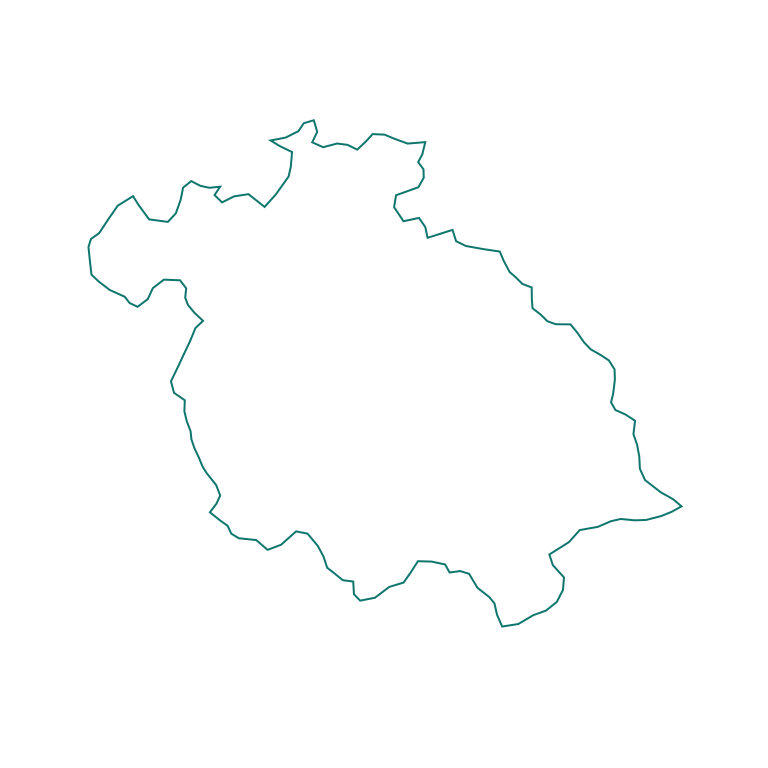 the district of Cesário Lange, São Paulo, Brazil, rotated 249°
{"feature_id": "56859067B87642891823012", "entity_name": "Cesário Lange", "entity_type": "district", "adm_level": 2, "iso_a3": "BRA", "parent_name": "Brazil", "parent_adm1": "São Paulo", "projection": "equal_earth", "projection_center": [-47.895, -23.217], "detail": "fine", "context": "isolated", "style": "outline", "palette": "teal", "viewbox_px": 768, "rotation_deg": 249, "n_neighbors": 0, "source": "geoboundaries", "source_scale": "gbopen_adm2", "svg_char_len": 2266}
<svg xmlns="http://www.w3.org/2000/svg" viewBox="0 0 768 768"><g transform="rotate(249 384 384)"><path d="M617.8,157.2L603.4,153.3L590.9,150.1L581.9,154.4L570.0,161.7L558.4,173.2L550.8,175.5L544.4,181.6L547.9,193.9L556.3,202.5L560.3,215.9L553.9,230.8L544.2,233.6L535.7,229.3L528.1,229.3L518.6,232.5L507.8,237.7L503.8,228.0L493.5,218.3L484.0,208.3L474.8,198.8L462.9,186.1L451.0,184.8L440.2,192.2L429.9,187.8L419.5,186.5L409.2,186.5L401.5,184.4L391.8,184.0L381.7,184.8L372.0,185.0L364.3,186.5L349.8,191.1L338.5,191.1L332.4,184.8L326.6,175.5L315.5,182.0L307.6,187.2L298.9,187.8L292.0,193.2L284.1,208.8L270.9,215.9L270.8,230.3L277.9,249.1L271.7,259.0L256.5,264.2L244.5,265.7L232.8,265.1L225.4,269.6L215.6,275.2L210.6,284.5L198.5,280.6L190.3,284.1L187.7,298.9L192.7,316.2L191.6,331.1L198.2,341.0L206.4,352.2L201.1,364.9L193.6,376.4L184.5,377.7L182.1,388.0L176.3,395.4L160.3,398.2L147.4,405.9L139.7,408.5L127.9,406.8L115.2,407.4L111.8,423.4L114.7,440.6L114.4,454.0L118.6,467.2L127.6,477.3L138.9,482.7L154.5,476.7L165.6,477.3L170.1,500.0L177.5,514.4L174.0,532.5L174.6,546.5L173.2,556.5L166.9,569.2L163.2,579.7L161.4,595.1L161.6,606.7L163.2,617.9L172.7,612.7L183.8,603.5L200.7,593.3L213.1,592.5L224.7,596.3L236.6,598.5L247.8,598.9L259.7,605.2L269.2,598.3L276.8,590.7L285.5,589.4L292.7,594.4L305.3,601.1L315.1,604.5L325.4,602.4L333.2,596.8L342.3,589.4L351.4,585.6L362.2,583.0L372.8,579.5L378.3,565.7L384.1,559.0L392.6,555.2L401.5,549.8L410.1,552.4L421.2,556.5L427.8,549.1L436.5,545.2L443.6,541.4L456.0,539.9L466.1,539.6L474.5,524.8L483.5,509.9L491.4,502.5L503.3,503.2L504.9,477.1L515.7,478.8L526.5,476.2L529.0,460.5L545.5,456.8L555.9,462.9L555.4,486.6L562.3,495.0L570.2,497.8L578.9,495.4L584.7,502.1L595.0,509.2L600.0,492.2L609.8,481.0L616.6,473.9L621.4,462.9L616.9,454.0L612.4,443.0L620.3,435.7L625.3,426.4L626.9,412.0L635.4,403.6L643.3,412.0L655.4,413.0L656.2,402.5L650.7,394.7L649.3,380.5L652.0,365.4L643.3,372.1L633.5,381.3L620.3,374.9L611.9,369.3L599.7,350.9L592.1,336.0L609.8,325.5L612.9,311.2L611.6,297.9L621.1,293.5L626.9,301.7L629.8,291.2L634.8,283.6L642.5,276.7L639.3,266.8L629.0,260.3L617.9,250.8L612.8,240.3L621.9,223.7L638.8,219.1L649.3,217.0L645.9,199.3L636.9,186.1L626.9,172.1L624.4,162.4L617.8,157.2Z" fill="none" stroke="#0f766e" stroke-width="2"/></g></svg>